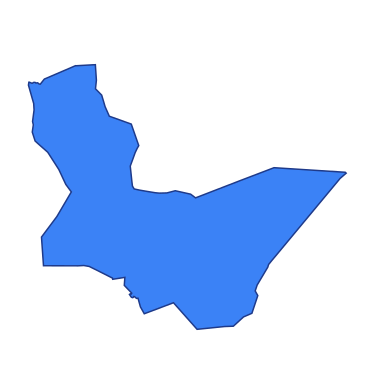 Haya, Red Sea, Sudan (orthographic projection), rotated 174°
{"feature_id": "16777658B79531940846564", "entity_name": "Haya", "entity_type": "district", "adm_level": 2, "iso_a3": "SDN", "parent_name": "Sudan", "parent_adm1": "Red Sea", "projection": "orthographic", "projection_center": [36.501, 17.972], "detail": "fine", "context": "isolated", "style": "filled", "palette": "blue", "viewbox_px": 384, "rotation_deg": 174, "n_neighbors": 0, "source": "geoboundaries", "source_scale": "gbopen_adm2", "svg_char_len": 1498}
<svg xmlns="http://www.w3.org/2000/svg" viewBox="0 0 384 384"><g transform="rotate(174 192 192)"><path d="M37.5,195.6L107.9,207.6L130.1,201.7L144.0,198.0L189.1,185.8L193.6,190.0L208.5,195.0L217.1,193.7L224.7,194.3L228.6,195.1L236.3,197.2L244.1,199.4L249.2,201.1L250.6,204.1L250.7,209.2L250.7,224.2L247.6,230.5L244.4,237.1L241.9,241.2L240.1,243.7L245.3,265.9L266.3,276.0L269.5,285.9L270.4,290.9L271.7,297.8L277.2,304.7L275.4,313.1L274.8,328.7L278.0,328.9L294.6,329.7L294.7,329.8L326.9,319.8L327.0,319.7L327.3,319.5L331.6,315.1L331.9,315.2L332.5,315.3L332.8,315.5L333.0,315.6L333.2,315.8L333.7,316.4L333.8,316.4L334.4,316.8L335.3,316.7L335.9,316.7L336.3,317.2L336.4,317.3L337.1,317.5L337.5,317.5L338.0,317.5L338.3,317.5L339.2,316.9L339.9,316.9L342.2,318.2L342.7,318.3L342.8,318.1L343.5,315.4L340.2,296.5L340.5,290.1L343.2,278.8L342.8,275.4L344.6,268.3L342.7,259.1L340.2,256.3L331.3,246.6L322.1,228.3L319.3,220.2L316.7,212.7L312.0,204.7L328.9,181.8L346.4,162.9L347.4,134.2L313.1,130.5L307.3,130.2L302.0,128.7L298.2,126.3L280.1,114.7L280.0,113.5L267.7,114.1L269.1,106.2L266.0,102.2L262.5,97.7L263.1,96.9L263.9,97.2L264.9,96.7L263.7,94.3L263.2,93.6L262.0,93.1L261.5,93.3L260.8,94.2L260.2,94.0L258.3,92.0L256.8,92.0L255.3,83.1L252.2,75.9L222.0,83.8L201.3,54.9L173.6,54.8L164.9,54.2L153.8,62.4L145.1,65.1L137.4,82.1L139.5,87.0L136.9,92.7L124.5,109.3L123.4,111.9L120.0,115.3L109.3,125.7L43.9,189.4L43.6,189.8L36.7,194.6L37.5,195.6L37.5,195.6Z" fill="#3b82f6" stroke="#1e3a8a" stroke-width="1.5"/></g></svg>